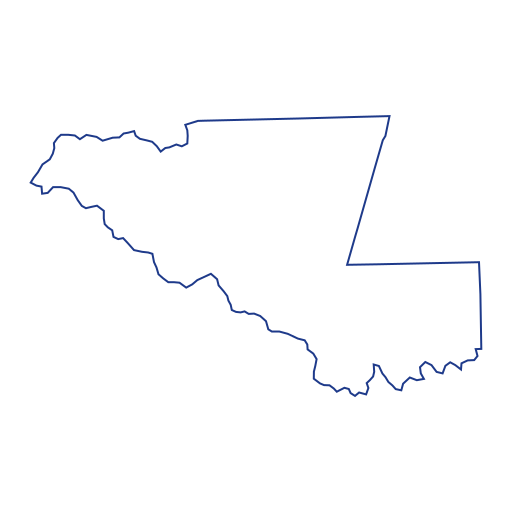 the district of Missal, Paraná, Brazil
{"feature_id": "56859067B64572394282984", "entity_name": "Missal", "entity_type": "district", "adm_level": 2, "iso_a3": "BRA", "parent_name": "Brazil", "parent_adm1": "Paraná", "projection": "orthographic", "projection_center": [-54.267, -25.107], "detail": "fine", "context": "isolated", "style": "outline", "palette": "blue", "viewbox_px": 512, "rotation_deg": 0, "n_neighbors": 0, "source": "geoboundaries", "source_scale": "gbopen_adm2", "svg_char_len": 1995}
<svg xmlns="http://www.w3.org/2000/svg" viewBox="0 0 512 512"><path d="M389.5,116.1L361.4,116.8L298.7,118.5L204.2,120.7L197.9,120.9L185.3,124.8L187.3,130.3L187.7,135.9L187.3,143.5L181.8,146.3L176.3,144.5L169.3,147.4L165.3,148.0L160.7,151.6L156.8,146.2L152.2,141.8L147.2,140.5L139.9,138.8L135.7,135.7L134.1,131.1L128.2,132.7L123.6,133.5L119.4,137.4L112.7,137.7L102.6,140.7L96.6,136.9L86.4,134.9L79.9,139.2L74.9,135.5L68.3,134.8L61.0,134.8L57.6,137.9L53.9,143.1L54.3,148.1L52.8,153.7L49.8,159.3L42.5,164.4L37.9,172.3L33.7,177.7L30.7,182.6L36.4,185.6L41.5,186.6L42.1,193.7L47.7,192.9L53.1,187.1L60.5,187.1L68.8,188.7L73.5,192.6L77.7,200.1L81.8,205.9L85.9,208.2L91.3,206.9L97.0,205.7L103.8,210.8L103.8,218.4L104.7,224.1L107.8,227.3L112.2,230.3L113.5,236.9L118.2,239.1L123.1,238.1L127.7,243.0L134.0,250.1L142.0,251.8L148.2,252.5L152.4,253.8L154.0,262.1L156.5,267.5L158.5,274.3L163.1,278.3L168.3,282.2L174.0,282.2L179.5,282.7L186.2,287.6L192.2,284.4L197.3,280.1L210.9,273.8L217.1,279.2L218.6,285.4L223.6,291.2L227.3,296.1L228.4,300.6L230.7,304.8L231.8,310.0L236.0,311.9L240.6,312.4L244.6,311.4L248.7,313.9L254.1,313.6L260.2,316.0L266.0,321.2L268.3,329.3L271.8,331.5L279.2,331.5L287.7,333.8L297.9,338.6L304.7,340.3L307.3,344.5L307.6,349.4L313.3,353.6L316.6,359.1L315.3,365.9L313.9,371.6L313.8,378.7L320.0,383.4L324.0,385.1L329.5,385.3L333.8,388.5L336.8,391.7L344.4,387.8L348.8,389.0L350.6,393.1L355.0,395.9L359.1,392.5L366.1,394.4L368.4,388.0L366.7,383.1L369.8,380.2L373.1,376.5L374.2,371.8L373.7,364.5L378.9,366.0L382.4,373.5L385.5,377.2L388.4,382.0L392.4,385.4L395.7,389.1L401.3,390.3L403.1,383.7L409.8,377.5L416.8,380.2L423.9,378.9L420.8,373.4L420.0,367.2L425.3,362.0L431.5,365.1L436.6,371.9L442.6,373.4L445.4,365.8L450.2,362.3L455.3,365.1L461.0,369.5L461.5,363.3L467.7,360.4L474.2,360.1L477.5,356.0L475.7,349.1L481.3,348.9L480.4,294.2L479.0,262.2L377.4,264.3L347.1,264.8L355.1,236.8L357.6,228.3L374.9,167.6L382.8,140.2L385.4,136.0L389.5,116.1Z" fill="none" stroke="#1e3a8a" stroke-width="2"/></svg>